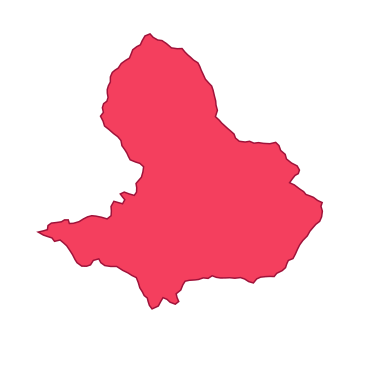 outline of Bias Fortes, Minas Gerais, Brazil, rotated 118°
{"feature_id": "56859067B19952858762068", "entity_name": "Bias Fortes", "entity_type": "district", "adm_level": 2, "iso_a3": "BRA", "parent_name": "Brazil", "parent_adm1": "Minas Gerais", "projection": "orthographic", "projection_center": [-43.766, -21.62], "detail": "fine", "context": "isolated", "style": "filled", "palette": "rose", "viewbox_px": 384, "rotation_deg": 118, "n_neighbors": 0, "source": "geoboundaries", "source_scale": "gbopen_adm2", "svg_char_len": 2691}
<svg xmlns="http://www.w3.org/2000/svg" viewBox="0 0 384 384"><g transform="rotate(118 192 192)"><path d="M140.2,72.1L140.5,77.2L139.7,82.2L140.1,86.1L140.7,90.3L139.3,93.5L138.8,98.3L137.7,105.0L138.0,110.2L133.4,109.6L129.0,108.8L125.9,106.8L122.2,107.4L119.6,111.4L119.7,117.7L118.5,124.1L115.0,127.4L113.7,133.2L110.2,137.0L108.9,141.4L112.8,145.9L115.5,151.7L117.2,156.5L119.8,160.2L120.2,165.0L122.9,168.5L125.0,174.1L124.0,178.9L121.1,182.1L120.1,186.2L119.2,190.3L118.1,194.6L117.2,198.2L115.8,201.7L114.5,206.7L108.0,207.9L104.0,211.6L100.4,213.9L96.8,217.2L92.2,221.2L89.2,224.4L87.9,228.4L86.1,233.2L82.8,237.5L80.1,241.1L77.5,244.1L75.2,247.4L74.8,252.6L73.7,256.6L72.9,260.3L71.7,264.1L70.0,268.1L72.4,272.3L74.4,277.8L73.0,284.0L72.4,289.6L73.9,293.7L73.7,298.9L72.1,303.3L76.3,306.8L81.8,307.0L86.3,306.7L89.6,309.0L94.2,311.1L99.0,310.5L103.1,310.1L107.1,312.5L111.8,314.8L117.2,315.3L120.8,317.3L123.9,318.5L128.7,318.1L133.3,315.7L137.4,315.7L141.4,314.9L144.6,313.1L147.9,310.5L151.8,309.8L155.5,311.5L159.7,310.7L163.3,307.6L168.0,308.4L171.2,303.8L174.8,300.2L175.8,294.6L177.2,288.8L178.0,283.5L179.9,278.9L184.0,275.6L186.3,271.0L188.3,267.6L190.5,264.8L192.6,261.7L192.0,255.8L191.2,251.5L192.4,246.6L197.2,244.8L202.7,243.6L207.0,244.6L210.8,245.4L214.2,242.8L218.2,240.9L222.1,241.4L223.2,246.6L223.9,251.8L227.4,254.4L229.0,251.0L230.4,247.7L235.0,247.8L235.9,251.9L236.9,256.6L242.8,256.7L246.6,254.3L250.9,252.3L255.6,254.3L256.8,260.1L258.4,265.5L260.0,269.4L263.0,272.6L266.7,275.2L271.2,277.8L275.3,282.0L277.4,285.5L274.7,288.2L276.5,291.5L279.6,293.3L282.6,297.4L285.5,301.6L289.2,303.4L293.1,302.0L295.9,304.8L299.6,309.0L299.8,303.0L299.2,299.1L298.3,294.1L300.1,290.2L296.3,285.9L297.2,281.7L298.3,277.4L301.0,272.3L303.5,267.9L306.6,263.5L308.4,260.3L309.2,254.6L307.0,250.2L304.0,247.4L298.7,247.0L294.8,242.9L297.2,239.3L297.9,234.5L295.9,228.8L293.1,223.5L293.7,216.4L293.5,210.5L293.9,205.8L293.7,201.0L297.2,196.9L301.1,193.1L303.5,188.9L305.9,185.6L306.6,181.7L309.3,179.3L312.1,176.4L314.0,172.4L308.5,168.2L303.2,168.2L298.9,168.0L298.5,163.7L299.6,159.6L298.9,154.1L294.9,152.3L292.2,155.7L289.3,158.2L283.8,155.9L278.2,156.5L274.0,156.2L271.2,152.9L268.3,148.2L266.2,145.2L262.5,141.7L260.7,137.2L256.5,134.9L255.9,130.4L254.5,126.4L252.2,122.2L250.0,118.5L248.0,113.7L244.8,109.0L244.1,104.7L244.5,99.9L243.5,95.1L238.4,94.1L235.0,91.5L232.1,87.2L229.9,83.5L228.1,79.8L224.0,79.0L219.0,75.4L214.9,73.9L211.0,74.6L207.2,74.8L203.4,71.6L198.3,71.6L192.7,72.0L188.0,72.1L182.8,71.4L176.7,69.6L171.3,69.5L166.7,68.5L162.4,67.5L158.0,65.5L153.1,65.9L147.7,67.9L144.1,71.4L140.2,72.1Z" fill="#f43f5e" stroke="#9f1239" stroke-width="1.5"/></g></svg>